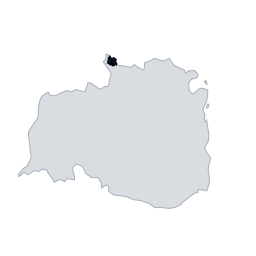 Kampong Rou, Svay Rieng, Cambodia (highlighted), rotated 197°
{"feature_id": "14789045B79980971591511", "entity_name": "Kampong Rou", "entity_type": "district", "adm_level": 2, "iso_a3": "KHM", "parent_name": "Cambodia", "parent_adm1": "Svay Rieng", "projection": "albers", "projection_center": [105.949, 10.943], "detail": "fine", "context": "in_parent", "style": "filled", "palette": "ink", "viewbox_px": 256, "rotation_deg": 197, "n_neighbors": 0, "source": "geoboundaries", "source_scale": "gbopen_adm2", "svg_char_len": 4950}
<svg xmlns="http://www.w3.org/2000/svg" viewBox="0 0 256 256"><g transform="rotate(197 128 128)"><path d="M218.6,49.7L219.1,51.7L217.7,55.5L216.1,59.0L213.1,62.0L213.0,64.2L212.0,70.8L212.4,72.9L213.1,74.7L214.1,75.7L216.7,82.1L219.1,88.0L221.4,92.8L221.9,95.9L219.8,103.6L217.3,110.7L217.5,114.3L218.6,117.8L219.8,122.6L220.3,128.6L219.7,132.6L218.5,135.0L216.4,137.5L214.5,138.8L212.3,136.7L210.5,136.6L208.1,137.3L206.2,138.3L202.3,142.0L198.0,145.6L192.1,146.5L189.8,149.2L187.4,149.6L182.7,149.7L179.6,150.3L179.8,151.7L179.5,158.0L179.6,159.5L179.1,159.9L177.0,160.1L173.4,159.1L168.5,157.5L165.1,157.3L163.3,160.0L162.2,161.1L160.9,161.3L159.5,161.8L159.1,163.0L159.0,164.5L159.6,167.2L159.9,171.4L159.7,174.2L161.0,176.0L168.4,182.1L170.6,183.6L170.9,184.5L169.6,187.8L170.7,192.4L168.4,192.3L164.5,190.3L162.6,189.1L160.4,190.1L159.6,189.9L158.1,187.6L156.1,185.3L154.0,185.2L149.7,186.1L145.2,186.7L143.6,186.7L142.9,187.1L140.3,190.6L139.2,190.0L134.7,188.6L130.7,188.1L129.8,189.0L130.3,191.8L131.2,194.6L130.7,195.8L128.4,197.2L125.4,199.8L123.6,201.9L122.3,202.3L117.8,202.2L113.3,202.5L111.5,204.4L109.8,205.9L108.4,206.3L102.5,201.5L90.9,199.8L89.6,197.7L88.5,197.3L87.4,200.0L81.0,202.5L78.3,200.9L76.3,199.0L76.7,196.7L78.5,194.8L81.7,193.4L83.2,188.7L80.8,182.5L78.7,180.7L76.5,179.2L74.1,181.5L72.1,185.4L70.0,187.4L67.1,187.8L62.8,187.6L61.2,181.8L60.7,176.8L61.4,171.0L62.0,167.7L58.0,163.0L57.8,158.5L55.8,156.2L55.2,157.3L55.3,158.6L54.7,157.7L48.4,144.6L47.4,138.5L48.5,133.9L49.2,132.3L47.4,129.8L44.8,127.0L40.2,123.3L39.9,117.5L39.0,110.7L37.6,108.4L35.5,104.2L34.4,100.7L34.1,91.5L34.7,90.8L38.0,90.6L42.2,90.0L42.9,88.5L42.2,87.2L44.9,85.2L48.8,80.7L51.8,76.0L54.0,73.0L55.3,70.0L59.7,65.8L65.6,63.0L69.7,62.3L73.9,61.4L78.0,60.0L79.9,59.9L84.9,61.6L87.6,62.1L90.4,62.1L93.4,62.3L95.9,62.1L102.1,61.0L108.6,61.9L114.4,61.2L121.6,59.9L125.1,60.8L128.3,62.1L128.8,64.9L129.5,66.2L130.6,67.2L132.0,67.2L133.9,65.3L135.4,63.3L135.9,62.9L136.0,63.9L136.7,66.1L138.1,68.2L139.5,69.6L141.8,71.5L143.3,71.6L148.2,69.8L155.6,72.4L156.5,73.7L158.8,76.4L161.4,78.3L167.2,78.4L169.2,73.7L168.2,70.9L165.0,66.0L164.1,63.0L165.1,62.5L170.7,62.0L171.6,61.4L172.8,58.2L174.3,58.6L177.4,59.0L180.6,56.8L182.6,54.5L183.6,55.5L184.8,57.1L186.0,58.1L188.4,59.4L191.0,61.4L192.6,63.3L193.9,64.0L197.2,63.5L198.0,63.6L199.9,61.2L201.3,60.0L202.4,60.3L204.1,60.3L207.5,57.3L209.5,54.6L210.6,53.9L213.6,55.2L214.9,54.9L216.6,51.2L218.6,49.7ZM59.1,174.0L58.5,174.4L57.9,174.4L57.3,173.8L57.3,171.7L57.8,170.4L58.9,170.2L59.1,174.0ZM68.7,194.8L67.4,196.2L65.3,193.3L65.3,192.5L68.7,194.8Z" fill="#d9dde1" stroke="#a8b0b8" stroke-width="1"/><path d="M166.0,184.8L165.9,184.8L165.9,184.7L165.7,184.5L165.7,184.4L165.8,184.3L165.7,184.3L165.6,184.2L165.4,184.1L165.2,184.1L164.9,184.0L164.7,184.0L164.6,183.9L164.4,183.9L164.2,183.8L164.1,183.7L163.9,183.7L163.7,183.5L163.6,183.4L163.2,183.5L162.8,183.6L162.6,183.6L162.6,183.8L162.6,184.0L162.6,184.3L162.7,184.5L162.8,184.6L162.9,184.9L162.9,185.0L163.0,185.0L163.1,185.8L162.9,185.9L162.7,185.9L162.7,186.0L162.3,186.1L162.1,186.0L162.0,185.9L161.9,185.8L161.8,185.7L161.7,185.6L161.6,185.4L161.5,185.1L161.4,184.9L161.3,184.7L161.3,184.4L161.2,184.4L161.1,184.2L161.0,183.8L161.0,183.7L160.9,183.4L160.9,183.2L161.0,183.2L160.9,183.1L160.7,183.2L160.7,183.3L160.5,183.5L160.4,183.6L160.2,183.7L160.2,183.8L160.2,184.0L159.9,184.0L159.8,183.9L159.7,184.0L159.6,183.9L159.5,184.0L159.4,184.1L159.4,184.3L159.3,184.5L159.2,184.7L159.3,184.7L159.3,184.8L159.5,184.9L159.5,185.0L159.4,185.0L159.2,185.2L159.1,185.3L158.9,185.3L158.6,185.5L158.4,185.6L158.2,185.5L158.2,185.4L158.1,185.2L157.9,185.0L157.7,185.0L157.8,185.6L157.9,185.8L158.0,186.0L158.3,186.4L158.4,186.5L158.5,186.6L158.7,186.8L158.8,187.0L159.0,187.2L159.1,187.3L159.2,187.5L159.4,187.7L159.5,187.9L159.7,188.2L159.8,188.4L160.0,188.6L159.5,189.6L159.4,189.8L159.5,189.9L159.5,190.0L159.9,190.1L160.0,190.2L160.2,190.3L160.4,190.3L160.7,190.4L160.9,190.5L161.0,190.5L161.4,190.7L161.5,190.7L161.9,190.8L162.1,190.8L162.3,190.8L162.5,190.8L162.6,190.7L162.4,190.5L162.4,190.4L162.3,190.2L162.3,189.9L162.5,189.8L162.6,189.7L162.8,189.6L163.0,189.5L163.0,189.4L163.2,189.2L163.3,189.2L163.2,189.1L163.1,188.9L163.1,188.7L162.9,188.4L162.8,188.2L163.0,188.1L163.4,188.5L163.6,188.6L163.9,188.8L164.0,189.0L164.4,189.4L164.6,189.5L164.8,189.8L165.0,190.0L165.2,190.3L165.3,190.3L165.5,190.5L165.8,190.7L166.0,190.8L166.2,191.0L166.2,190.9L166.3,190.7L166.6,190.4L166.7,190.2L166.8,190.0L167.0,189.7L167.1,189.4L167.2,189.2L167.2,188.9L167.2,188.7L166.9,188.5L166.9,188.4L166.7,188.3L166.7,188.2L166.4,188.0L166.3,187.9L166.2,187.8L166.2,187.7L166.1,187.4L166.1,187.2L166.3,187.0L166.4,186.9L166.3,186.7L166.5,186.4L166.5,186.2L166.5,185.9L166.4,185.9L166.4,185.7L166.2,185.5L166.3,185.5L166.3,185.4L166.2,185.4L166.3,185.4L166.2,185.3L166.2,185.2L166.2,184.9L166.0,184.8Z" fill="#0f172a" stroke="#020617" stroke-width="1.5"/></g></svg>